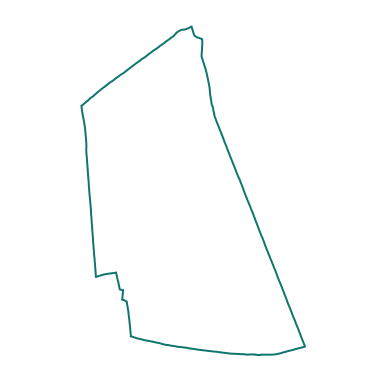 Bang Khae, Bangkok Metropolis, Thailand (Equal Earth projection), rotated 178°
{"feature_id": "78962969B64329347166789", "entity_name": "Bang Khae", "entity_type": "district", "adm_level": 2, "iso_a3": "THA", "parent_name": "Thailand", "parent_adm1": "Bangkok Metropolis", "projection": "equal_earth", "projection_center": [100.397, 13.711], "detail": "fine", "context": "isolated", "style": "outline", "palette": "teal", "viewbox_px": 384, "rotation_deg": 178, "n_neighbors": 0, "source": "geoboundaries", "source_scale": "gbopen_adm2", "svg_char_len": 5627}
<svg xmlns="http://www.w3.org/2000/svg" viewBox="0 0 384 384"><g transform="rotate(178 192 192)"><path d="M299.5,282.0L299.3,279.6L299.2,278.3L298.8,275.0L298.6,273.0L298.4,272.0L298.3,271.6L298.3,271.2L298.1,270.3L297.9,269.3L297.8,268.3L297.4,265.7L297.3,264.9L296.8,260.6L296.6,258.0L296.5,257.4L296.3,253.1L296.1,249.4L296.0,247.4L296.0,246.0L295.9,243.6L295.9,241.9L296.0,240.5L296.2,238.1L296.2,236.8L296.2,235.2L295.9,230.1L295.9,229.7L295.5,219.6L295.4,215.9L295.3,213.5L295.1,209.4L295.0,206.3L294.9,205.8L294.9,202.8L294.9,202.0L294.8,200.6L294.7,197.6L294.7,196.9L294.6,196.3L294.5,193.4L294.5,192.5L294.4,191.1L294.3,189.7L294.1,187.1L294.1,186.1L293.9,183.9L293.9,182.6L293.8,181.9L293.7,179.5L293.7,176.1L293.6,175.7L293.7,175.0L293.6,174.2L293.6,172.8L293.4,170.5L293.4,168.5L293.3,165.5L293.3,165.3L293.2,163.1L293.1,162.0L293.0,157.2L292.8,153.6L292.8,153.4L292.7,151.7L292.6,148.6L292.6,145.8L292.5,145.5L292.4,142.9L292.3,139.8L292.1,135.1L292.0,132.8L291.9,132.2L291.9,131.5L291.7,128.4L291.7,126.6L291.5,124.4L291.4,122.2L291.4,121.8L291.4,121.3L291.3,118.1L291.2,116.3L291.1,114.8L291.1,113.9L291.1,113.5L291.1,112.6L291.0,112.2L291.0,111.5L291.1,110.9L290.9,110.5L285.8,111.9L283.1,112.6L282.5,112.7L278.8,113.2L277.5,113.3L276.2,113.5L274.8,113.6L272.6,113.9L272.4,113.9L270.7,114.1L268.5,102.6L267.6,97.2L266.7,96.8L265.0,96.4L264.3,96.3L264.7,93.1L264.9,91.6L265.4,87.4L265.5,87.2L265.6,86.9L264.9,86.7L264.7,86.6L263.6,86.3L262.8,85.7L262.1,85.3L261.2,85.0L261.1,84.9L260.6,80.6L260.5,80.4L260.3,78.7L260.3,78.3L260.2,78.1L260.1,77.0L260.1,76.6L259.8,75.3L259.7,74.3L259.7,73.5L259.7,73.1L259.6,71.7L259.2,67.4L259.1,66.2L258.7,60.1L258.6,59.3L258.5,57.0L258.4,55.6L258.3,53.1L258.2,51.7L258.1,50.7L258.2,49.8L256.8,49.5L255.5,49.0L255.2,48.8L254.8,48.7L253.3,48.2L252.9,48.0L251.2,47.5L247.2,46.4L244.0,45.4L242.2,45.0L240.9,44.8L238.1,44.1L234.9,43.4L234.7,43.3L233.9,43.0L233.0,42.8L232.8,42.7L230.9,42.4L229.7,42.1L226.8,41.0L226.2,40.8L225.5,40.8L224.7,40.4L223.3,40.1L223.2,40.2L222.4,40.0L221.1,39.9L218.4,39.1L217.7,39.1L217.1,38.9L216.2,38.8L215.1,38.6L214.9,38.6L213.6,38.3L211.6,37.8L210.5,37.7L205.1,36.9L202.3,36.4L200.3,35.9L197.3,35.3L196.1,35.2L193.8,34.7L193.7,34.7L190.6,34.1L187.8,33.7L186.3,33.4L186.2,33.4L182.8,32.9L182.7,32.9L180.1,32.4L177.6,32.1L176.4,31.9L172.7,31.4L171.2,31.1L170.4,31.0L168.9,30.7L168.7,30.7L165.8,30.2L164.3,30.0L159.7,29.2L152.5,28.6L151.5,28.5L150.3,28.4L150.1,28.4L149.9,28.4L149.3,28.3L146.7,28.1L145.0,28.0L144.8,27.9L143.3,27.6L139.5,27.6L137.1,27.5L135.3,27.5L134.9,27.5L134.8,27.4L134.6,27.2L131.5,26.8L129.4,26.7L129.1,26.9L128.9,27.0L128.4,27.1L127.5,27.0L125.9,26.9L122.9,26.8L120.5,26.7L116.3,26.7L115.6,26.8L114.4,26.8L114.1,26.8L113.8,26.9L112.4,27.1L112.0,27.2L108.8,27.8L105.6,28.7L105.3,28.7L102.7,29.4L102.3,29.5L101.8,29.6L97.9,30.4L97.7,30.4L95.9,30.9L95.4,31.0L93.6,31.5L89.8,32.3L85.4,33.3L84.7,33.5L84.5,33.9L84.6,34.2L86.5,39.3L88.0,43.7L88.1,43.9L88.1,44.0L89.9,49.2L90.0,49.5L90.9,52.2L92.8,57.2L93.3,58.9L93.3,59.0L95.2,63.9L97.5,70.7L98.8,74.2L99.2,75.0L100.0,77.4L101.4,81.7L101.9,83.2L103.6,88.0L103.7,88.4L106.6,96.7L107.8,99.6L107.9,100.0L108.6,101.8L111.2,109.8L112.7,113.8L113.2,115.3L115.1,120.5L116.3,123.7L118.0,128.4L118.2,129.1L119.8,133.3L120.6,135.8L120.8,136.2L121.5,138.6L121.6,138.9L122.5,141.7L122.9,142.6L123.2,143.6L123.8,145.0L124.0,145.4L127.3,155.0L129.8,162.2L130.2,163.5L131.4,167.0L132.3,169.6L133.2,172.0L133.9,173.9L134.3,175.1L135.3,178.0L136.8,181.8L140.2,191.5L140.3,191.8L141.4,195.4L142.0,197.3L142.8,199.3L143.6,201.6L144.0,203.0L145.2,205.5L145.5,206.6L145.7,206.9L146.5,209.2L147.4,211.7L148.5,214.9L150.7,221.1L152.0,224.6L153.2,227.9L154.0,230.3L154.6,232.1L156.3,237.0L157.1,239.3L157.7,240.8L159.5,246.4L161.2,251.2L161.8,252.5L162.6,255.0L163.7,258.1L164.7,260.7L166.2,265.4L166.5,266.1L166.7,266.7L166.9,267.7L167.2,269.5L167.4,271.0L167.6,271.8L168.0,274.7L168.1,275.3L168.2,275.9L168.3,276.2L168.7,277.3L169.1,278.4L169.2,278.5L169.5,281.4L170.3,287.6L170.4,288.2L170.6,291.1L170.7,293.6L170.8,295.1L170.8,295.6L171.0,296.9L171.2,298.4L171.4,299.5L171.9,302.7L173.4,311.2L173.7,312.3L174.2,314.6L174.6,316.0L175.2,318.1L175.9,320.7L176.4,322.4L177.6,326.7L177.6,326.9L177.7,327.1L177.7,327.5L177.7,327.9L177.5,329.4L177.4,330.6L177.0,334.6L176.7,337.7L176.6,338.8L176.5,339.4L176.5,341.4L176.5,344.4L177.6,344.9L179.6,345.7L179.8,345.8L181.2,346.2L183.1,347.4L183.9,348.0L184.3,348.6L184.7,349.9L185.4,352.3L185.7,353.7L186.7,357.3L187.1,357.2L187.8,356.9L188.3,356.7L188.6,356.4L190.1,355.7L193.2,354.7L194.0,354.6L194.4,354.6L194.6,354.6L197.1,354.4L197.6,354.2L198.4,353.7L199.2,353.4L200.0,353.0L201.8,351.8L203.6,349.9L205.3,348.2L207.1,347.1L208.7,346.0L208.8,345.9L209.0,345.7L212.8,343.3L214.0,342.3L215.1,341.5L216.4,340.7L216.5,340.6L218.8,339.2L219.1,338.9L220.3,337.9L225.7,334.6L226.9,333.7L229.1,332.2L231.5,330.6L231.6,330.4L234.3,328.4L236.4,327.2L236.5,327.2L237.4,326.7L239.0,325.4L239.4,325.1L244.0,322.1L246.4,320.4L250.5,317.5L253.1,315.6L255.8,313.6L256.8,313.0L259.2,311.6L259.7,311.3L260.7,310.6L262.4,309.4L262.9,309.1L263.5,308.7L263.9,308.5L265.1,307.5L266.1,306.9L266.4,306.6L267.0,306.2L267.3,306.0L267.6,305.7L267.9,305.5L268.1,305.5L268.8,305.1L270.2,304.2L270.3,304.1L272.6,302.5L273.0,302.2L273.6,301.8L273.8,301.6L274.0,301.5L274.8,300.9L275.6,300.3L275.6,300.2L275.8,300.1L277.4,299.1L278.9,298.0L279.1,297.8L280.0,297.1L281.6,295.9L283.4,294.6L284.5,293.6L285.4,292.9L286.2,292.3L286.9,291.6L287.8,290.9L290.3,289.4L290.8,288.9L291.6,288.2L292.1,287.6L294.8,285.6L299.1,282.2L299.5,282.0Z" fill="none" stroke="#0f766e" stroke-width="2"/></g></svg>